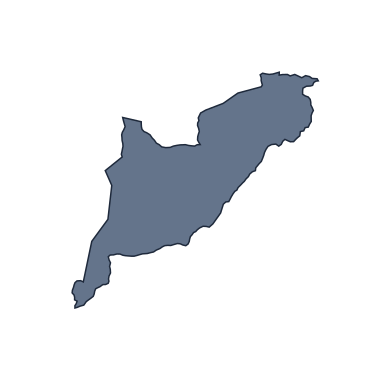 outline of Nazaré, Tocantins, Brazil, rotated 109°
{"feature_id": "56859067B47209768197677", "entity_name": "Nazaré", "entity_type": "district", "adm_level": 2, "iso_a3": "BRA", "parent_name": "Brazil", "parent_adm1": "Tocantins", "projection": "natural_earth1", "projection_center": [-47.774, -6.322], "detail": "fine", "context": "isolated", "style": "filled", "palette": "slate", "viewbox_px": 384, "rotation_deg": 109, "n_neighbors": 0, "source": "geoboundaries", "source_scale": "gbopen_adm2", "svg_char_len": 2811}
<svg xmlns="http://www.w3.org/2000/svg" viewBox="0 0 384 384"><g transform="rotate(109 192 192)"><path d="M326.4,272.5L327.9,269.9L329.8,268.7L332.2,267.9L332.6,265.1L335.2,265.1L337.6,265.7L339.8,264.9L338.4,262.9L336.4,260.7L334.2,257.5L330.1,256.3L327.7,254.7L325.6,253.2L322.8,251.4L320.2,251.3L317.5,251.7L314.9,251.6L313.3,250.1L311.5,248.2L308.6,246.2L307.6,243.6L305.6,241.5L303.4,241.5L301.4,242.6L298.5,243.1L295.1,242.7L291.7,244.1L289.2,245.7L285.5,246.0L283.2,248.3L280.4,250.1L278.2,248.8L277.0,245.7L275.1,242.9L274.1,239.8L274.3,236.8L273.9,234.3L273.2,231.5L272.4,228.4L271.5,225.8L270.0,223.5L268.4,221.3L266.6,218.7L264.7,214.2L262.8,211.4L261.2,208.8L258.5,206.8L256.0,204.0L253.4,202.1L251.6,200.3L250.3,197.5L249.5,194.7L247.6,192.1L245.5,189.1L244.8,186.2L245.1,183.5L244.8,180.4L242.5,178.8L239.7,178.5L237.1,178.9L234.7,179.0L232.6,178.1L229.8,177.3L228.2,175.6L226.0,174.7L223.5,173.1L220.8,170.4L219.9,167.3L219.6,164.3L215.4,161.9L202.5,158.1L200.0,158.2L196.3,158.3L193.3,158.4L190.4,156.8L189.1,154.1L186.6,153.7L183.7,153.3L180.3,152.6L177.4,151.7L175.6,150.2L172.8,149.9L169.6,148.3L166.9,147.1L164.9,146.0L162.1,145.2L159.1,143.7L156.3,143.3L153.2,141.5L151.2,139.0L148.3,139.6L145.9,138.7L143.5,137.8L140.5,136.4L137.0,136.2L134.2,136.1L131.1,136.3L127.6,135.9L124.1,135.0L121.2,132.2L119.4,128.3L120.4,124.9L117.9,123.1L114.5,122.7L112.0,121.3L112.3,118.2L112.5,115.4L111.3,112.3L108.6,111.1L106.4,110.0L103.8,108.4L99.6,109.2L97.8,106.3L94.3,106.0L92.8,103.2L89.5,102.9L86.5,102.2L84.1,103.1L81.1,104.2L78.2,104.2L75.4,103.8L73.0,105.9L71.0,108.0L68.5,108.9L65.9,110.4L64.3,113.1L64.3,116.1L63.6,119.2L60.5,120.3L57.7,120.9L54.7,118.2L53.3,114.7L51.9,112.7L48.8,112.5L46.9,111.0L45.8,108.8L44.2,110.6L45.5,115.4L44.6,118.4L45.0,122.5L48.2,125.4L47.4,133.1L50.3,137.0L49.8,139.9L51.4,144.5L53.1,147.6L50.3,148.5L54.1,153.9L55.7,157.3L56.3,160.6L56.7,163.9L59.0,165.7L61.5,163.7L64.1,162.9L66.1,161.6L67.9,160.3L70.0,160.8L83.5,180.8L98.1,191.4L110.0,205.6L114.5,209.6L117.0,209.9L119.9,210.2L122.3,208.7L124.9,209.1L127.3,208.4L129.6,206.5L132.4,204.8L134.9,204.8L137.8,204.6L141.0,203.7L142.6,202.0L144.5,199.7L145.6,202.5L147.7,204.4L148.4,207.1L149.1,210.4L149.4,213.7L150.3,215.9L151.3,218.5L152.9,221.6L154.7,224.6L156.9,227.1L158.6,231.3L159.2,235.3L157.9,238.5L157.4,241.6L155.3,244.4L153.9,247.2L151.6,250.3L150.7,254.1L150.5,257.0L149.1,259.6L146.9,261.0L144.5,262.0L142.1,262.9L144.1,281.8L146.8,280.1L149.4,278.3L152.0,276.5L155.5,276.8L158.2,277.3L160.9,277.1L163.2,276.0L166.0,274.9L168.7,273.2L171.3,272.1L173.8,271.8L176.5,271.4L179.3,271.1L181.6,269.4L200.0,281.0L211.9,270.0L245.2,262.6L271.3,270.7L312.4,265.5L312.1,268.4L313.5,271.8L315.8,273.1L318.2,273.2L320.8,273.0L323.8,273.1L326.4,272.5Z" fill="#64748b" stroke="#1e293b" stroke-width="1.5"/></g></svg>